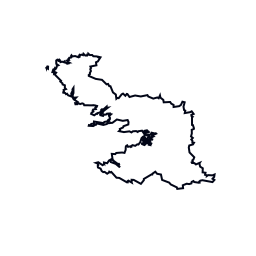 Donegal Lea-6, Donegal, Ireland, rotated 30°
{"feature_id": "5873133B96049761393494", "entity_name": "Donegal Lea-6", "entity_type": "district", "adm_level": 2, "iso_a3": "IRL", "parent_name": "Ireland", "parent_adm1": "Donegal", "projection": "mercator", "projection_center": [-8.322, 54.625], "detail": "fine", "context": "isolated", "style": "outline", "palette": "ink", "viewbox_px": 256, "rotation_deg": 30, "n_neighbors": 0, "source": "geoboundaries", "source_scale": "gbopen_adm2", "svg_char_len": 5868}
<svg xmlns="http://www.w3.org/2000/svg" viewBox="0 0 256 256"><g transform="rotate(30 128 128)"><path d="M142.9,176.8L145.4,175.6L154.3,175.6L154.9,175.2L154.2,174.4L154.6,173.4L158.5,173.4L157.4,172.4L157.7,171.7L157.1,171.0L158.9,170.1L167.1,169.9L167.8,165.3L167.2,164.2L171.6,156.4L172.3,156.1L172.1,155.2L173.5,152.2L176.1,153.1L179.8,151.8L183.5,155.9L191.0,154.7L193.2,155.5L200.0,155.0L201.1,156.1L205.8,152.6L204.1,150.2L206.7,146.9L209.0,146.0L210.6,144.3L210.1,142.8L211.2,141.2L212.3,141.7L216.7,140.0L217.3,139.5L216.5,138.7L217.0,137.4L218.6,136.0L228.2,132.6L228.8,129.8L226.6,129.7L227.1,127.3L226.2,125.0L224.8,126.8L221.0,128.7L220.3,130.2L220.0,129.5L218.1,130.0L217.5,128.0L214.8,129.1L212.9,125.5L209.8,125.4L207.6,123.1L207.6,122.2L205.0,125.6L203.1,125.2L200.9,126.3L200.3,125.9L201.0,124.8L199.9,123.8L200.4,122.6L200.0,120.2L193.5,118.4L190.4,114.5L189.8,112.5L192.5,109.7L192.5,107.8L191.0,108.4L190.1,106.8L188.6,106.3L189.1,104.2L186.8,103.8L186.0,100.8L184.1,97.7L185.5,95.9L185.2,95.2L182.7,93.0L181.9,93.3L178.0,86.6L178.3,86.0L177.0,85.9L176.3,85.0L177.8,83.0L174.8,81.7L173.9,83.2L169.7,86.7L168.9,84.3L167.6,84.4L165.4,81.8L164.2,77.4L162.0,78.0L162.3,81.5L161.4,83.5L157.0,87.0L155.9,85.2L153.3,85.3L151.5,84.4L146.1,87.9L144.5,86.0L140.9,85.5L139.4,83.8L139.7,86.9L138.1,86.9L135.2,89.9L129.8,90.6L128.4,89.8L123.3,94.3L117.9,96.3L113.8,100.4L110.5,98.9L109.9,99.1L109.6,101.4L106.5,100.7L105.7,102.0L105.0,106.8L103.7,107.3L103.3,108.5L100.7,105.1L97.2,104.7L91.9,100.6L90.8,101.1L88.7,99.8L87.6,100.9L81.4,99.3L75.5,101.6L68.0,102.5L67.5,101.7L68.1,100.3L67.4,99.3L67.4,97.2L65.9,95.9L66.0,94.6L64.7,93.6L69.3,89.5L67.4,87.1L68.6,85.4L68.8,81.0L68.1,81.5L66.7,81.7L65.4,81.5L62.1,83.2L60.5,82.7L58.5,83.9L56.5,83.5L56.9,84.4L56.0,84.8L56.3,85.7L54.8,86.6L52.3,86.0L52.6,87.4L51.3,87.6L49.8,89.2L50.1,89.6L49.6,90.2L50.4,90.7L49.9,91.5L46.3,92.1L44.0,93.8L42.7,93.3L42.7,94.0L43.7,94.3L43.6,95.3L42.0,96.6L42.3,97.3L41.9,98.1L42.9,98.6L41.6,99.9L42.3,99.9L42.5,101.5L44.0,101.4L44.2,100.7L44.6,100.7L44.2,101.0L45.3,101.6L43.6,101.4L43.5,102.5L42.7,102.8L39.8,102.2L40.0,103.0L37.8,103.5L36.6,104.7L36.0,104.0L35.0,104.4L34.9,103.3L34.2,103.1L33.4,104.4L32.6,104.2L32.1,105.4L33.8,108.3L36.3,108.5L35.3,109.9L35.9,111.4L35.8,113.0L34.8,112.7L34.9,113.6L34.0,114.7L34.6,117.4L35.4,117.0L35.6,115.6L36.5,117.4L36.8,116.1L38.1,116.0L37.8,118.1L38.5,118.5L46.4,120.6L46.2,121.6L48.9,122.1L49.6,123.0L52.0,122.6L53.2,124.8L54.8,125.3L53.2,127.2L54.5,128.7L54.0,129.4L54.3,129.8L56.0,129.1L57.4,129.7L58.1,128.8L59.8,129.6L63.4,129.0L61.6,126.5L61.4,123.4L60.6,122.3L60.7,120.5L63.0,124.5L62.4,124.7L62.2,126.2L62.8,127.0L63.5,126.3L64.2,128.6L66.2,128.7L67.9,127.5L67.6,128.7L65.3,129.5L66.6,130.3L71.2,130.6L70.6,132.4L69.8,132.9L70.6,133.7L72.3,132.7L72.5,131.3L74.6,131.2L76.0,129.6L77.4,129.3L78.7,130.2L88.1,124.9L90.0,125.5L90.1,124.7L89.7,124.8L89.2,124.7L90.1,124.4L90.4,125.1L89.6,127.0L90.7,127.7L88.6,129.4L88.6,130.4L89.8,131.1L88.8,132.9L89.0,134.2L92.4,133.9L93.6,131.2L94.2,131.2L94.4,130.0L96.4,128.5L97.0,126.7L96.2,126.8L96.5,125.8L95.8,125.6L95.9,125.0L97.5,124.0L98.8,120.1L99.5,121.2L100.4,120.5L98.4,125.3L98.2,126.7L98.7,127.8L97.2,128.9L97.8,129.4L97.2,130.7L97.1,131.3L98.4,129.4L98.9,130.4L100.4,130.0L100.5,128.4L102.2,127.4L102.6,126.1L104.4,124.9L104.3,126.0L105.0,126.3L105.6,125.5L105.3,124.8L106.5,124.5L105.6,127.1L107.5,128.4L107.7,129.3L107.2,130.1L107.7,130.2L107.1,131.2L108.0,131.5L104.0,135.0L104.6,134.7L104.1,136.1L95.3,139.4L96.2,141.2L94.2,142.8L93.7,144.7L92.7,145.0L92.9,145.7L96.9,143.7L97.6,142.5L96.9,142.4L96.8,141.4L98.7,140.9L98.5,139.7L105.1,137.7L107.7,135.1L107.7,134.3L111.9,131.3L114.1,126.2L119.9,124.4L123.7,121.3L125.5,122.6L126.5,124.8L123.2,128.7L123.5,129.9L121.4,132.9L122.2,133.8L121.8,135.2L126.5,133.6L130.9,130.2L133.2,130.1L133.9,128.4L136.6,126.6L138.4,126.6L138.5,125.7L141.5,123.3L144.2,124.6L144.0,123.7L143.2,123.8L142.6,123.4L143.9,122.9L143.8,122.1L145.6,120.5L146.5,120.7L146.7,121.5L148.6,120.6L147.1,122.4L145.0,122.9L146.3,124.2L145.9,125.1L145.9,127.0L146.1,125.2L147.6,125.0L150.9,122.3L150.7,120.3L152.4,119.8L151.9,121.0L154.5,119.6L154.8,118.7L155.2,118.8L152.7,122.3L153.9,122.5L153.0,123.1L152.6,124.8L151.4,125.1L149.1,126.4L152.6,125.1L151.9,126.1L155.6,125.6L152.6,126.7L152.0,127.6L153.5,127.3L153.7,127.7L151.2,128.5L151.7,129.6L153.7,128.3L154.1,129.7L155.9,129.7L156.0,130.6L154.6,131.2L154.8,131.5L155.4,131.4L155.7,131.7L153.5,132.4L154.5,131.8L154.3,130.9L153.1,130.5L152.1,131.8L152.4,130.2L151.4,129.9L150.6,131.4L151.9,131.8L150.9,132.5L151.2,133.5L150.7,134.6L148.2,134.9L147.8,134.4L149.3,132.9L147.1,131.3L148.4,130.0L148.3,129.4L147.2,130.3L146.9,130.1L146.9,129.8L147.5,129.5L146.7,129.0L148.2,129.2L148.2,128.6L147.4,128.4L147.4,127.6L145.3,128.2L144.8,130.0L145.7,134.1L145.3,137.1L144.2,137.5L143.2,139.8L140.5,140.6L139.7,142.1L140.3,142.5L140.0,143.0L139.3,142.7L137.4,144.3L136.0,143.4L135.4,144.3L135.5,145.5L136.9,148.1L137.4,151.3L135.1,152.2L130.3,155.5L130.0,157.0L126.9,158.5L130.8,163.5L137.1,164.2L138.0,163.6L138.4,163.9L137.9,164.6L138.2,165.3L138.8,165.2L139.9,165.7L139.8,166.0L135.3,165.2L130.1,166.1L128.9,164.9L130.1,163.3L129.2,163.3L127.8,165.6L127.6,168.9L124.5,169.9L125.1,170.7L124.4,170.5L125.4,171.2L124.6,172.9L119.4,172.5L117.7,174.2L119.2,174.0L120.8,174.9L120.7,175.9L121.7,177.2L124.6,176.9L126.7,178.4L128.6,178.6L129.7,177.7L132.8,178.0L133.7,176.2L133.6,175.2L134.9,175.3L135.5,174.4L142.9,176.8ZM28.1,114.8L27.4,115.1L27.6,116.6L27.3,116.2L27.2,116.7L29.1,116.7L28.1,114.8ZM150.5,128.6L149.7,127.7L148.8,128.7L149.1,128.9L150.5,128.6ZM149.3,124.2L150.1,124.1L151.1,123.3L149.3,124.2ZM150.5,130.2L149.8,129.9L149.4,130.2L149.6,130.7L150.5,130.2ZM67.5,80.9L68.0,81.5L68.2,80.9L68.2,80.7L67.5,80.9ZM49.5,88.7L48.6,88.5L49.6,88.8L49.5,88.7Z" fill="none" stroke="#020617" stroke-width="2"/></g></svg>